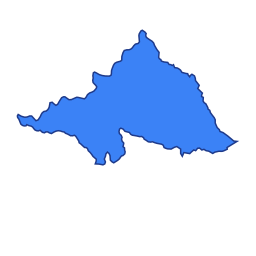 outline of Amaral Ferrador, Rio Grande do Sul, Brazil, rotated 144°
{"feature_id": "56859067B12892972643779", "entity_name": "Amaral Ferrador", "entity_type": "district", "adm_level": 2, "iso_a3": "BRA", "parent_name": "Brazil", "parent_adm1": "Rio Grande do Sul", "projection": "orthographic", "projection_center": [-52.29, -30.792], "detail": "fine", "context": "isolated", "style": "filled", "palette": "blue", "viewbox_px": 256, "rotation_deg": 144, "n_neighbors": 0, "source": "geoboundaries", "source_scale": "gbopen_adm2", "svg_char_len": 3398}
<svg xmlns="http://www.w3.org/2000/svg" viewBox="0 0 256 256"><g transform="rotate(144 128 128)"><path d="M100.7,73.2L97.2,75.3L95.7,73.7L93.1,71.0L91.2,71.3L87.7,71.6L86.6,69.9L85.2,70.2L83.7,70.7L81.9,69.7L81.2,66.8L79.1,66.1L78.2,63.8L76.3,61.8L74.4,57.6L71.9,57.4L68.2,55.8L65.7,53.9L64.2,53.3L60.2,52.5L59.3,54.0L47.7,53.1L50.1,55.3L52.0,62.9L53.8,68.4L55.6,71.1L55.1,73.0L55.6,75.9L55.1,78.3L54.5,80.8L52.6,83.4L52.2,85.7L52.3,89.5L52.3,92.0L51.5,94.2L52.1,96.3L51.4,97.7L50.8,101.8L51.5,103.7L51.4,105.7L49.1,108.5L50.0,110.2L48.9,111.5L47.3,112.5L47.8,115.4L48.4,118.9L45.3,120.7L45.5,126.7L44.3,128.7L43.6,131.1L44.7,133.9L46.6,133.9L48.0,133.2L48.2,135.3L47.8,136.9L49.1,138.1L51.7,141.3L51.5,144.0L52.1,146.0L52.8,147.5L54.8,149.5L54.0,152.5L55.5,152.6L56.1,154.1L57.4,155.2L57.3,157.7L60.1,160.3L61.7,162.6L61.2,164.1L61.9,165.5L61.7,167.1L58.4,170.9L58.5,174.6L58.0,179.3L57.3,181.6L57.5,183.9L58.1,185.5L58.9,187.5L59.6,189.5L59.8,191.2L59.0,192.8L57.8,193.7L57.9,195.7L59.0,198.7L60.6,198.9L63.7,197.5L64.9,196.3L68.1,191.0L70.0,190.4L72.7,191.5L75.1,191.1L76.8,190.5L78.1,190.2L79.7,190.2L81.4,190.8L83.1,192.0L85.5,192.9L87.7,191.9L90.9,189.5L92.1,188.0L93.0,186.7L94.7,186.4L96.7,187.2L98.7,187.9L100.8,188.1L102.9,187.3L104.1,186.5L105.7,185.5L107.6,184.1L109.6,181.6L110.7,180.7L112.5,180.9L115.8,183.4L118.1,185.7L119.8,188.0L121.4,191.5L122.2,192.9L123.6,193.0L125.7,190.9L126.8,188.9L128.5,187.3L129.5,185.3L129.3,183.3L129.0,181.5L129.1,179.7L130.4,178.7L131.7,178.4L133.9,177.9L136.0,178.2L138.4,178.9L141.1,178.8L144.2,177.4L146.1,177.2L148.2,179.6L150.3,182.0L151.4,183.0L153.5,183.5L155.0,183.8L157.2,184.3L159.1,185.6L160.7,190.3L161.9,191.2L163.9,191.5L168.2,189.8L171.0,188.5L173.0,188.7L173.8,191.3L174.2,193.4L176.2,194.3L179.6,191.1L181.9,190.0L184.2,189.8L186.4,190.8L188.4,190.7L190.2,190.0L192.2,188.8L195.9,187.4L198.2,188.0L198.9,194.3L200.4,195.5L202.8,196.1L204.1,196.7L205.4,197.6L207.4,200.2L208.9,203.5L210.4,202.8L211.1,201.4L211.1,199.3L211.6,197.2L212.4,194.1L211.9,192.2L210.8,190.7L209.2,189.7L207.9,190.2L206.8,188.2L205.2,186.4L204.6,184.8L204.6,182.8L204.4,181.0L203.5,179.5L202.3,178.4L200.4,177.8L199.8,174.8L198.4,173.2L196.7,173.1L195.2,172.0L194.5,170.3L193.2,168.5L190.0,168.2L187.9,167.7L186.0,166.8L184.4,165.3L183.4,163.8L181.9,162.1L181.7,160.5L180.6,158.9L179.7,157.1L179.0,155.5L177.4,154.3L175.6,153.6L175.1,152.1L175.3,148.7L175.5,146.3L176.2,144.8L175.6,143.0L175.1,140.3L174.6,137.8L173.2,136.6L172.9,135.0L173.5,133.0L173.0,130.4L172.9,128.0L173.0,125.6L172.5,123.5L172.0,121.4L173.2,119.9L175.6,118.2L172.6,115.8L169.9,112.9L167.9,112.6L166.2,113.8L165.4,116.8L162.8,118.4L161.1,120.0L158.8,120.6L158.3,118.6L158.8,116.2L161.2,112.3L160.8,109.9L160.0,108.2L155.4,107.9L153.0,108.1L151.5,108.7L149.7,109.2L148.4,108.7L145.8,109.0L144.3,110.4L143.8,112.0L142.5,114.0L143.0,115.8L141.4,117.2L140.3,118.3L140.5,120.8L139.7,122.9L138.3,123.9L137.8,126.1L138.2,128.6L137.3,130.5L135.5,132.1L133.9,132.1L132.6,130.0L132.4,127.1L131.1,125.5L129.5,123.6L129.5,121.3L128.8,119.7L127.2,118.1L125.2,116.0L123.7,114.2L121.9,113.1L121.1,111.0L121.5,109.5L120.6,107.5L119.7,104.9L118.0,103.3L116.2,102.4L115.2,100.7L113.7,98.7L112.0,96.9L110.3,95.1L109.6,93.3L110.3,91.0L109.4,89.4L108.3,87.9L106.8,86.7L105.5,85.6L103.3,85.3L101.7,85.1L99.4,84.3L97.8,80.0L100.4,76.4L100.7,73.2Z" fill="#3b82f6" stroke="#1e3a8a" stroke-width="1.5"/></g></svg>